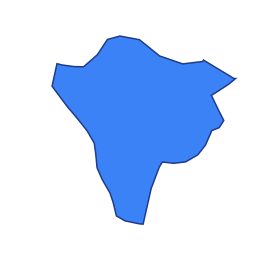 outline of Hanam-si, Gyeonggi, South Korea, rotated 199°
{"feature_id": "91817680B2886775060222", "entity_name": "Hanam-si", "entity_type": "district", "adm_level": 2, "iso_a3": "KOR", "parent_name": "South Korea", "parent_adm1": "Gyeonggi", "projection": "robinson", "projection_center": [127.209, 37.523], "detail": "fine", "context": "isolated", "style": "filled", "palette": "blue", "viewbox_px": 256, "rotation_deg": 199, "n_neighbors": 0, "source": "geoboundaries", "source_scale": "gbopen_adm2", "svg_char_len": 691}
<svg xmlns="http://www.w3.org/2000/svg" viewBox="0 0 256 256"><g transform="rotate(199 128 128)"><path d="M216.1,165.7L213.4,142.8L199.8,133.5L190.1,127.0L188.1,126.0L177.4,119.5L165.7,112.0L155.0,102.7L150.2,93.3L144.3,80.3L135.6,70.9L123.9,60.7L118.1,53.2L110.3,41.1L100.6,39.2L86.0,41.1L82.4,42.0L86.4,78.4L85.7,101.3L84.4,107.0L73.1,109.6L62.5,114.7L53.2,125.5L49.2,137.0L48.1,150.4L47.9,152.9L41.9,158.0L39.9,166.3L48.5,174.6L59.8,186.1L57.1,189.3L47.2,202.0L42.4,209.8L44.0,209.3L78.8,216.8L79.0,215.2L97.2,206.4L121.6,206.4L145.9,215.2L165.6,212.3L176.3,205.0L180.8,187.4L189.9,171.4L199.1,168.5L210.5,166.2L216.1,165.7Z" fill="#3b82f6" stroke="#1e3a8a" stroke-width="1.5"/></g></svg>